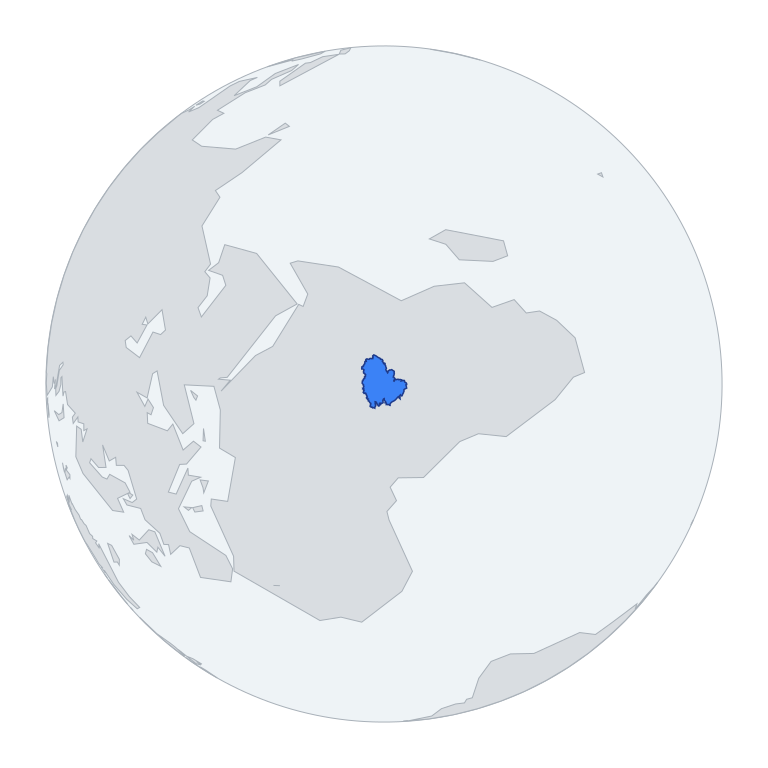 Orientale highlighted on a globe, orthographic projection, rotated 256°
{"feature_id": "COD-1559", "entity_name": "Orientale", "entity_type": "Province", "adm_level": 1, "iso_a3": "COD", "parent_name": "Democratic Republic of the Congo", "parent_adm1": "", "projection": "orthographic", "projection_center": [26.062, 1.632], "detail": "fine", "context": "on_globe", "style": "filled", "palette": "blue", "viewbox_px": 768, "rotation_deg": 256, "n_neighbors": 0, "source": "natural_earth", "source_scale": "10m", "svg_char_len": 11747}
<svg xmlns="http://www.w3.org/2000/svg" viewBox="0 0 768 768"><g transform="rotate(256 384 384)"><circle cx="384" cy="384" r="338" fill="#eef3f6" stroke="#a8b0b8"/><path d="M209.9,94.4L216.8,90.4L196.8,103.1L184.0,114.1L178.8,118.1L168.4,124.7L168.0,124.1L188.4,108.5L209.9,94.4ZM162.2,129.0L163.4,128.1L150.3,140.0L148.2,142.2L149.0,141.8L154.0,137.3L149.5,141.8L139.1,151.1L139.8,150.4L144.1,146.0L146.3,143.9L146.1,144.0L162.2,129.0ZM51.9,321.4L52.2,321.5L51.3,325.9L50.3,350.0L55.1,361.3L56.2,376.1L55.1,384.9L58.1,387.9L58.2,393.8L75.6,404.8L88.9,420.8L91.5,441.4L86.3,464.3L95.5,513.7L89.8,528.6L97.7,548.3L109.5,576.2L104.8,573.2L115.9,587.8L121.2,595.9L120.9,596.0L125.5,601.6L110.1,582.0L96.3,561.2L84.0,539.5L73.3,517.0L64.4,493.7L57.2,469.8L51.7,445.5L48.1,420.8L46.3,395.9L46.3,370.9L48.2,346.1L51.9,321.4ZM175.5,649.9L172.7,647.4L175.1,649.2L177.5,651.4L175.5,649.9ZM693.5,248.3L695.6,253.2L697.3,261.6L699.3,267.5L695.2,260.2L697.0,271.4L710.4,306.7L712.6,316.8L712.1,335.3L710.8,327.6L700.0,308.3L703.2,332.5L711.6,353.7L714.7,378.4L710.5,370.2L706.8,348.6L702.9,341.1L700.2,319.8L689.9,288.6L685.4,294.1L682.2,281.8L667.2,257.0L658.8,264.6L647.8,296.9L652.2,328.9L645.8,343.1L623.4,297.2L612.5,267.2L604.9,270.0L581.4,245.6L542.3,244.7L536.3,237.3L529.0,240.9L512.4,233.8L503.1,222.0L493.2,223.0L518.0,254.4L528.5,253.7L536.7,241.3L541.7,252.9L557.7,263.2L541.5,292.0L482.7,319.1L476.4,295.3L428.4,233.5L429.5,226.7L429.3,225.9L428.7,224.6L424.9,235.7L416.5,224.2L442.7,266.2L447.4,285.1L481.9,320.5L478.8,324.3L489.7,331.8L523.9,322.2L524.3,330.2L508.5,368.1L460.6,420.9L466.7,456.3L462.7,486.6L432.2,507.3L434.4,530.7L418.5,539.2L417.2,552.6L404.1,566.9L382.6,580.6L346.6,581.4L344.8,569.4L327.4,546.2L303.4,489.8L312.9,463.6L309.8,443.6L283.7,399.7L289.5,375.1L282.4,365.0L267.8,367.9L259.6,356.0L250.8,356.0L195.4,366.3L178.5,351.2L158.3,304.8L168.2,285.8L170.0,264.6L238.7,193.2L253.3,196.4L307.5,186.4L314.2,188.6L307.9,203.9L348.6,222.0L361.6,208.9L398.4,218.9L422.9,218.4L431.5,190.0L391.5,190.0L384.5,176.7L416.6,165.0L451.6,167.0L450.0,162.0L427.8,150.8L435.8,142.3L420.1,146.5L426.5,151.4L416.9,154.6L410.5,150.5L413.5,147.3L403.0,145.2L391.0,162.5L396.2,169.4L368.5,173.1L374.6,185.3L367.1,191.2L354.1,173.0L355.4,166.3L331.3,148.6L327.5,155.7L349.9,173.4L342.9,172.1L337.9,183.6L336.2,173.9L312.7,154.4L287.7,159.8L255.9,189.1L241.3,192.4L229.1,187.6L240.7,159.2L272.0,155.4L276.5,146.9L270.3,135.8L280.3,136.1L281.6,131.6L293.4,130.4L310.1,119.3L322.1,117.8L328.8,105.3L335.8,103.3L329.9,111.0L332.2,116.2L362.1,114.8L367.9,112.1L369.8,104.6L377.8,105.9L375.8,98.8L393.0,96.2L370.3,94.1L372.0,86.9L382.4,81.6L378.8,79.3L361.9,88.1L358.8,92.2L362.7,96.0L350.7,108.9L340.4,111.4L337.5,97.8L322.6,100.4L326.9,90.1L370.0,70.3L388.0,67.4L417.5,75.6L413.3,79.2L400.6,77.7L412.3,85.0L411.4,81.5L418.0,83.1L421.2,78.0L426.1,79.0L420.9,72.9L427.2,73.6L430.4,77.4L440.6,72.0L453.7,73.2L453.7,71.6L449.9,69.6L469.1,73.3L468.2,72.0L461.6,70.3L455.5,66.9L452.3,62.9L459.1,64.4L461.2,66.0L475.8,72.3L480.3,77.4L482.8,77.7L480.5,73.7L462.7,65.9L458.8,63.1L468.0,66.3L464.3,64.9L464.6,64.1L471.1,64.9L461.4,61.5L454.5,54.4L466.6,56.5L475.5,59.3L477.2,59.2L500.7,66.9L523.6,76.3L545.7,87.3L567.0,99.9L587.3,114.0L606.5,129.6L624.5,146.6L641.2,164.8L656.5,184.2L670.4,204.6L682.7,226.1L693.5,248.3ZM215.3,228.0L213.5,234.2L215.3,228.0ZM489.2,185.0L509.8,186.6L499.4,169.4L506.5,169.0L500.4,163.8L498.6,168.3L483.5,154.4L491.9,150.1L488.8,143.4L481.8,142.7L468.7,153.2L490.3,172.4L486.0,179.2L489.2,185.0ZM52.3,321.3L51.8,325.2L51.5,325.2L52.3,321.3ZM150.9,139.4L151.6,138.8L151.3,139.4L149.2,141.3L150.9,139.4ZM163.7,132.1L156.2,139.6L160.1,135.0L155.6,138.4L158.2,133.9L176.3,120.0L167.6,126.7L163.7,132.1ZM166.6,125.4L162.9,128.9L166.2,125.7L166.6,125.4ZM277.0,111.4L281.0,113.6L276.3,118.6L261.1,123.3L267.6,115.7L277.0,111.4ZM287.6,115.7L289.0,102.5L298.6,100.0L293.0,103.4L299.1,103.1L291.8,108.8L299.5,120.5L296.0,125.9L269.8,129.9L280.3,125.1L275.8,122.9L287.6,115.7ZM275.8,82.2L276.5,78.9L296.2,77.3L293.3,80.7L277.9,84.8L272.3,83.3L275.8,82.2ZM267.5,66.8L264.1,68.1L262.6,68.6L267.5,66.8ZM260.8,69.3L251.3,73.5L241.2,77.9L247.7,74.8L260.8,69.3ZM246.5,75.3L232.7,81.9L234.1,81.1L246.5,75.3ZM228.7,83.9L225.1,85.8L226.9,84.8L228.7,83.9ZM308.8,54.6L310.2,54.3L313.7,53.5L316.3,52.9L321.8,51.9L326.1,51.1L337.3,49.6L337.8,50.3L342.6,49.4L351.2,48.8L352.8,49.8L345.1,50.0L352.3,51.3L342.5,52.3L343.9,52.4L336.8,54.0L330.6,56.4L326.2,56.9L325.7,57.7L321.0,59.2L318.8,60.7L310.0,62.2L306.7,64.4L304.5,64.0L301.1,67.4L299.7,65.7L293.4,68.1L298.1,68.5L255.9,78.4L239.3,85.5L226.3,92.9L225.6,90.2L237.3,82.3L255.0,73.3L271.0,67.5L267.8,67.9L274.5,65.5L274.3,66.2L278.7,63.8L284.2,62.2L299.9,57.2L302.9,56.0L307.8,54.8L308.8,54.6ZM344.0,48.5L344.7,48.4L340.7,49.1L328.1,50.7L344.0,48.5ZM322.0,182.8L327.2,183.3L335.4,182.4L332.4,190.1L322.0,182.8ZM305.5,169.5L310.3,168.4L310.1,177.8L304.6,177.8L305.5,169.5ZM313.1,160.3L310.6,167.6L308.7,163.7L313.1,160.3ZM334.3,109.9L339.4,108.8L339.9,110.5L337.0,113.4L334.3,109.9ZM372.0,57.3L368.3,56.4L369.8,55.9L367.7,53.4L374.8,52.9L378.9,54.3L372.0,57.3ZM424.6,194.8L417.5,200.2L413.8,197.6L417.0,196.2L424.6,194.8ZM372.7,194.7L384.5,198.1L371.7,196.8L372.7,194.7ZM379.4,56.4L377.7,55.2L382.3,55.8L379.4,56.4ZM379.9,52.6L385.4,53.0L375.4,52.6L379.9,52.6ZM536.0,642.1L536.4,646.1L531.9,646.5L536.0,642.1ZM518.8,481.2L494.0,534.6L478.5,535.0L476.6,519.4L486.3,487.1L504.6,477.8L513.8,463.1L518.8,481.2ZM718.3,433.2L715.7,430.9L713.7,426.1L715.0,420.4L718.3,422.9L718.3,433.2ZM714.8,420.1L710.5,402.9L698.5,355.1L703.0,356.2L714.3,385.4L713.7,390.3L716.4,403.7L714.8,420.1ZM721.1,407.5L720.5,405.2L719.7,402.3L719.3,382.7L719.6,373.2L720.5,373.9L720.0,347.6L721.9,377.5L721.1,407.5ZM653.7,331.9L661.0,351.3L656.9,354.5L653.7,331.9ZM702.5,276.7L701.8,278.0L700.1,273.2L700.0,268.9L702.5,276.7ZM437.9,57.6L433.0,61.0L434.2,64.6L442.3,67.9L428.7,65.4L426.9,59.8L437.9,57.6ZM451.8,54.3L444.6,52.5L449.0,53.1L451.2,53.6L451.8,54.3ZM446.6,53.3L435.4,51.7L432.3,50.7L441.7,52.0L446.6,53.3ZM407.5,52.1L405.5,52.9L401.8,52.3L407.5,52.1ZM675.0,555.8L687.1,533.1L686.8,533.9L696.0,513.5L697.6,509.9L687.2,533.3L675.0,555.8Z" fill="#d9dde1" stroke="#a8b0b8" stroke-width="1"/><path d="M392.1,363.7L392.1,364.1L392.5,364.4L392.5,364.6L392.8,364.7L393.3,364.8L393.5,365.0L393.5,365.3L393.8,365.4L393.9,365.5L394.0,365.7L394.0,366.0L394.1,366.5L394.3,366.6L394.5,366.8L394.9,366.8L395.0,366.7L395.1,366.8L395.5,366.8L395.5,367.2L395.7,367.6L396.0,367.4L396.2,367.8L396.4,368.0L397.2,368.0L397.4,368.1L397.5,368.4L397.9,368.3L398.3,367.9L398.7,367.8L398.7,367.6L399.1,367.5L399.5,366.9L399.8,366.8L400.0,366.9L400.0,367.1L400.8,367.2L401.2,367.1L402.4,368.0L402.6,368.0L402.7,367.7L403.1,367.7L403.3,367.4L403.6,367.1L403.9,366.6L403.9,366.1L404.9,366.2L405.5,366.6L405.9,366.7L405.8,366.9L405.9,367.1L405.8,367.6L405.9,367.8L406.1,368.0L406.5,368.0L406.8,368.3L406.7,368.6L407.1,368.7L407.4,369.2L407.9,369.4L408.3,370.3L408.7,370.3L409.1,370.4L409.8,370.8L410.2,370.8L410.5,371.8L410.3,372.3L410.6,372.3L411.0,372.2L411.5,371.9L411.7,372.0L411.7,372.3L412.1,372.6L412.0,372.9L412.1,373.0L412.4,372.8L412.5,373.0L412.5,373.6L411.9,374.5L411.5,375.6L411.6,375.8L412.0,376.1L412.1,376.3L412.2,376.8L412.0,377.2L411.9,377.3L411.5,378.3L411.5,378.7L411.4,379.2L411.9,379.2L412.0,379.6L412.3,379.8L412.5,379.8L412.7,379.4L412.9,379.4L413.3,379.8L413.3,380.0L413.7,380.1L414.1,380.0L414.2,380.5L414.7,380.9L414.7,381.2L413.2,383.1L411.2,384.7L410.0,386.3L409.7,386.5L409.3,386.5L409.1,386.8L408.8,386.7L408.6,386.9L408.5,387.2L408.5,387.7L408.1,388.3L407.4,388.4L407.1,388.6L406.7,388.4L406.3,387.9L406.0,388.1L405.5,388.4L404.8,388.4L404.7,388.7L404.6,388.8L403.8,388.6L403.6,388.8L403.5,389.1L403.7,389.4L404.1,389.5L403.7,390.0L403.1,389.7L402.8,389.8L402.6,389.6L402.3,389.6L401.4,390.0L400.2,389.9L398.7,390.2L398.3,389.9L397.7,389.3L397.4,389.3L395.8,389.5L395.3,389.7L394.8,390.1L393.9,390.2L394.0,390.4L394.5,390.7L394.7,390.8L394.9,390.7L395.2,390.8L395.4,390.8L395.5,390.9L395.7,391.1L395.7,391.3L395.8,391.4L395.8,392.0L396.1,392.3L396.3,392.7L396.0,393.0L396.0,393.5L396.1,394.6L396.1,395.0L395.6,395.4L395.2,395.5L394.7,396.3L394.3,396.6L393.8,397.0L393.0,396.7L392.6,396.7L392.4,396.5L391.8,396.6L391.3,396.2L390.5,396.1L390.0,395.7L389.9,395.4L389.5,395.2L389.3,395.1L388.6,394.8L388.6,395.1L388.3,395.1L387.8,395.4L387.4,395.4L387.0,395.8L386.4,395.8L386.2,395.6L386.1,395.4L385.6,395.1L385.5,394.8L385.3,394.7L385.0,394.4L384.6,394.2L384.3,394.5L385.2,395.5L385.8,395.9L386.0,396.1L386.0,396.3L385.2,397.2L385.3,398.8L384.6,399.3L384.5,400.0L384.6,400.3L384.5,400.5L384.4,400.8L384.4,401.0L384.1,401.2L384.0,401.6L383.8,401.9L383.8,402.1L383.7,402.3L383.3,402.4L383.2,402.3L382.8,401.8L382.8,403.2L382.7,403.7L382.7,404.2L382.5,404.6L381.8,404.7L381.3,404.5L380.9,404.6L380.7,404.8L379.6,405.9L379.1,406.0L378.6,406.0L378.1,405.9L378.2,405.5L378.2,405.4L377.8,405.0L376.8,405.1L374.5,405.0L374.1,403.0L374.0,402.5L373.6,401.9L373.4,401.8L372.4,401.8L371.8,401.4L370.9,400.7L370.5,400.6L370.2,400.0L369.3,399.5L368.3,398.7L368.1,398.4L368.9,397.7L369.6,397.4L368.8,396.3L368.6,396.2L367.5,396.5L367.1,396.1L365.8,396.0L366.7,395.3L366.9,395.3L367.7,395.5L367.9,395.3L368.3,395.1L368.3,394.9L367.4,393.4L366.8,392.7L366.4,392.0L365.8,391.2L365.5,390.1L365.1,389.5L365.1,388.9L364.9,388.3L364.8,387.7L364.4,386.7L364.1,386.3L363.8,385.7L363.3,385.2L362.9,385.0L362.2,384.7L361.8,384.7L361.9,384.4L362.6,383.9L362.9,383.6L363.1,382.4L363.5,381.6L363.5,381.2L364.0,381.3L364.2,381.6L364.5,381.7L365.1,381.5L365.3,381.4L365.3,381.2L365.5,381.2L365.6,380.9L365.8,380.9L365.8,380.7L366.3,381.2L366.5,381.3L367.3,380.8L368.0,380.4L369.0,380.5L369.6,380.7L369.8,380.7L369.6,379.9L369.2,379.5L368.5,379.1L368.1,378.7L367.8,378.7L366.7,378.8L366.4,378.7L366.2,378.5L365.8,377.9L365.9,377.4L365.9,376.8L366.1,376.4L366.2,376.1L366.4,375.5L366.4,375.0L366.2,374.9L366.0,375.0L365.1,375.9L364.9,375.9L364.7,375.5L364.8,374.7L364.7,374.3L364.5,374.2L364.0,374.0L363.8,373.8L363.9,373.5L364.1,373.2L365.1,372.9L365.6,372.7L366.0,372.8L366.2,372.7L367.0,371.9L367.4,372.1L367.8,372.2L368.0,372.3L368.8,371.6L369.0,371.1L368.4,371.0L368.1,371.1L366.9,370.6L366.4,370.7L366.2,370.8L365.9,370.7L365.5,370.9L365.0,370.8L364.7,370.6L364.6,370.1L364.2,370.0L363.4,369.4L362.8,369.2L363.3,368.7L363.3,368.4L363.5,368.1L363.7,367.9L363.6,367.5L363.6,367.2L364.2,367.1L364.2,366.9L364.4,366.6L364.4,366.3L364.6,366.1L364.8,365.8L364.9,365.7L365.2,365.8L365.4,365.5L365.3,365.3L365.4,365.2L365.9,365.1L366.1,365.6L366.6,365.8L367.0,365.7L367.2,366.0L367.5,366.1L367.6,366.3L367.9,366.4L368.4,366.5L368.6,366.1L369.0,366.0L369.5,365.7L370.5,365.4L370.8,365.2L371.6,365.2L371.6,364.9L371.8,365.0L372.4,364.6L372.8,364.7L373.1,364.4L373.3,364.4L373.4,364.6L373.6,364.1L374.1,364.1L374.2,363.9L374.2,363.4L374.3,363.7L374.5,363.6L374.9,363.6L375.1,363.9L375.4,364.0L375.5,364.2L375.8,364.4L375.7,364.6L376.2,364.6L376.4,364.6L376.5,364.6L376.9,364.5L377.5,364.2L378.2,364.4L378.5,364.0L379.1,364.1L379.6,364.0L379.8,363.3L379.6,363.2L379.7,362.8L379.8,362.5L380.0,362.4L379.9,362.3L380.1,362.2L380.3,362.2L380.6,362.0L380.9,362.1L381.0,361.9L381.3,362.1L381.3,362.3L381.6,362.3L381.8,362.4L382.1,362.7L382.3,362.7L382.5,362.7L382.6,363.0L382.8,362.9L383.1,363.1L383.4,363.0L383.5,362.8L383.8,363.0L384.0,363.0L384.1,362.9L384.2,362.7L384.3,362.7L384.6,362.8L384.6,362.7L384.7,362.8L384.8,362.7L384.9,363.0L385.0,362.9L385.0,363.1L385.7,363.3L385.8,363.3L386.2,363.5L386.4,363.8L386.6,363.9L386.9,363.8L387.0,363.8L387.2,363.7L387.3,363.8L387.7,363.6L388.0,363.6L388.4,363.9L388.5,363.8L389.3,363.3L389.9,363.0L390.2,363.0L390.9,363.3L391.3,363.4L391.5,363.6L392.1,363.7Z" fill="#3b82f6" stroke="#1e3a8a" stroke-width="1.5"/></g></svg>